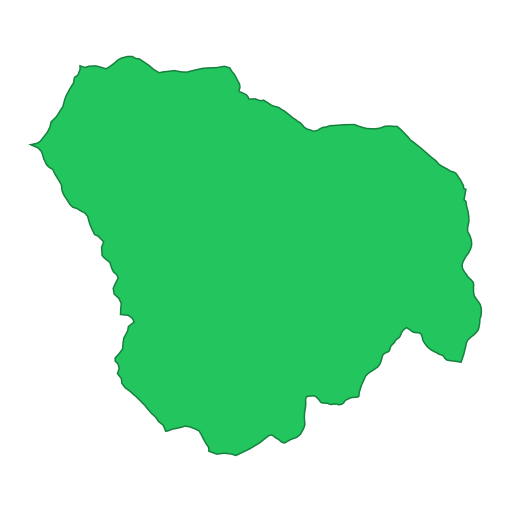 Lajab, Daga, Bhutan
{"feature_id": "84629894B88322725559269", "entity_name": "Lajab", "entity_type": "district", "adm_level": 2, "iso_a3": "BTN", "parent_name": "Bhutan", "parent_adm1": "Daga", "projection": "mercator", "projection_center": [90.018, 27.095], "detail": "fine", "context": "isolated", "style": "filled", "palette": "green", "viewbox_px": 512, "rotation_deg": 0, "n_neighbors": 0, "source": "geoboundaries", "source_scale": "gbopen_adm2", "svg_char_len": 5286}
<svg xmlns="http://www.w3.org/2000/svg" viewBox="0 0 512 512"><path d="M80.0,65.8L80.1,69.3L77.9,75.1L74.5,77.4L73.4,83.2L71.1,86.7L68.7,90.9L66.1,95.9L64.7,99.6L62.9,106.6L60.6,110.0L56.5,116.6L51.0,122.0L50.1,126.7L47.4,132.2L44.1,136.4L40.4,141.2L37.1,143.3L30.7,144.7L38.0,147.9L41.2,151.2L42.6,154.5L43.6,158.5L46.7,164.9L49.4,167.5L52.7,169.4L54.9,174.0L59.2,181.0L61.4,184.9L62.1,190.7L63.6,194.6L70.0,204.5L72.9,207.3L77.0,208.5L80.4,210.7L84.8,213.0L87.6,216.3L89.6,223.5L91.9,229.1L94.6,234.5L97.9,236.0L101.3,239.4L103.7,241.9L101.6,247.2L102.1,255.4L104.0,257.7L109.8,262.4L111.9,268.7L113.5,271.9L116.6,274.6L118.2,277.9L114.8,284.7L113.2,288.5L114.2,294.1L118.9,298.4L121.3,303.5L120.8,307.7L120.5,314.5L128.2,315.3L132.4,318.3L134.1,322.0L128.4,326.6L127.7,330.8L123.8,338.1L123.1,342.4L122.6,348.9L119.3,353.4L115.1,358.1L115.2,361.1L118.0,363.9L119.2,368.4L117.5,373.6L121.3,378.5L121.9,383.4L125.0,387.6L130.0,391.3L133.4,394.4L136.2,396.6L138.4,398.9L139.4,399.9L141.3,401.7L142.7,403.3L145.1,405.6L147.6,408.9L151.7,413.6L155.7,417.2L158.7,421.6L163.2,425.2L165.7,431.2L167.5,431.0L172.3,429.2L176.6,428.3L181.3,427.3L184.7,426.1L186.7,426.4L189.6,426.8L194.8,428.8L199.0,430.8L201.5,435.0L203.3,438.8L206.0,443.5L208.7,447.5L208.9,451.3L216.8,454.1L224.4,453.2L231.7,454.1L235.9,455.5L249.8,448.8L259.7,442.8L268.0,436.2L269.2,435.5L271.2,434.9L272.7,435.5L274.3,436.6L275.4,437.7L277.8,439.0L279.6,440.3L281.8,442.3L284.8,443.0L286.4,441.9L288.4,440.8L290.8,439.5L293.7,438.4L296.7,437.4L298.5,435.9L299.8,434.8L300.7,433.9L301.8,431.6L302.5,430.7L304.0,427.5L304.6,425.6L304.9,424.1L304.4,419.1L304.4,416.9L304.5,413.1L304.9,410.8L305.6,406.4L305.7,404.0L305.7,402.1L305.6,400.0L305.7,398.7L306.6,396.8L307.7,396.4L309.1,396.1L310.9,396.0L312.5,395.9L314.2,395.9L316.0,396.7L316.8,397.6L317.9,398.6L319.0,399.8L319.6,400.8L320.4,401.7L321.3,402.7L323.3,403.0L324.8,403.1L326.0,403.2L327.9,403.3L329.5,404.2L331.4,404.5L333.0,404.1L334.9,404.1L336.5,404.0L338.8,404.8L341.3,404.4L342.9,403.5L343.8,402.7L344.8,400.9L346.2,399.9L347.9,399.2L349.5,398.3L351.5,397.6L353.1,397.4L356.3,397.2L357.6,397.1L358.9,396.2L359.1,393.7L359.5,391.6L360.4,388.6L361.7,384.7L364.7,378.2L365.1,376.9L366.1,375.5L367.9,373.7L370.6,371.7L372.8,370.4L376.0,368.2L377.6,367.1L379.4,364.9L380.2,363.2L381.1,361.1L382.4,356.1L383.0,354.9L384.3,353.6L385.3,353.0L388.7,351.5L389.4,350.5L389.9,349.2L390.5,346.9L391.4,345.5L392.7,344.2L394.3,342.6L395.5,340.4L396.5,339.4L398.1,338.4L399.5,337.1L400.4,335.7L401.4,333.0L402.6,330.9L404.4,329.1L406.5,327.6L407.5,328.3L409.4,329.4L411.4,331.0L413.0,332.0L414.7,332.5L416.3,332.6L418.5,332.8L419.6,333.1L420.6,333.8L421.4,334.8L422.4,337.8L422.7,339.6L423.5,341.5L425.8,344.8L427.5,346.9L428.3,347.6L430.0,349.1L430.8,349.7L432.8,350.9L435.0,352.0L436.7,352.8L437.7,353.5L439.3,354.3L441.7,355.0L442.8,355.5L443.5,356.3L444.6,358.0L446.2,359.6L447.5,360.2L449.9,360.6L452.5,360.9L454.6,361.1L461.1,362.2L461.4,361.2L461.8,360.0L462.3,358.8L462.7,357.4L463.4,355.5L464.0,353.5L464.3,351.9L465.2,348.7L465.9,345.3L466.5,342.6L467.5,340.5L468.6,339.3L470.3,337.6L472.2,336.1L474.2,334.6L475.7,333.0L477.3,331.2L478.4,329.4L478.9,327.6L479.3,325.5L479.7,323.2L479.8,320.9L479.8,319.1L480.4,317.8L481.0,315.6L481.3,312.8L481.3,310.8L481.3,309.1L481.1,307.5L480.1,304.3L479.4,303.2L478.6,302.0L477.7,301.0L476.5,299.1L475.7,298.1L474.2,295.5L473.9,294.3L473.5,291.2L473.5,287.6L473.6,285.5L473.6,284.3L473.4,282.6L471.3,280.0L469.6,278.5L467.4,276.3L466.7,274.7L465.4,273.3L463.9,271.0L462.6,268.5L462.2,266.6L462.2,264.5L463.1,261.6L464.2,259.6L466.1,256.2L467.3,254.7L468.6,252.9L469.7,250.5L470.4,249.4L471.6,245.5L471.6,243.4L471.5,241.3L471.1,239.4L470.5,237.4L469.6,235.0L468.8,233.6L467.7,231.6L467.6,229.5L467.6,228.0L467.9,226.4L468.5,223.3L468.9,221.5L468.9,219.6L468.8,217.2L468.6,215.5L468.1,211.7L467.5,209.7L466.7,206.6L466.5,205.4L466.3,203.8L465.9,201.3L464.0,199.9L465.9,189.3L463.7,188.6L463.4,185.4L462.2,183.3L460.4,179.8L458.6,177.4L457.3,175.2L455.8,173.3L453.9,172.1L450.4,171.1L447.0,168.9L442.4,166.5L439.2,164.5L437.5,162.8L436.4,161.2L431.2,157.1L425.4,152.0L419.6,147.1L413.8,142.4L410.3,139.9L408.5,137.5L404.3,133.1L400.8,129.5L397.1,126.4L393.9,126.4L389.5,126.0L384.8,126.3L380.0,128.1L375.3,128.8L371.4,128.8L369.0,128.6L366.7,128.5L362.9,127.5L359.2,126.4L356.9,125.5L354.7,124.6L349.7,124.6L344.4,124.7L337.9,125.2L333.8,125.5L329.9,125.7L325.6,127.2L323.5,127.2L320.2,128.6L317.9,130.2L314.8,131.1L312.7,131.0L309.4,129.6L307.2,129.2L304.2,127.2L302.4,125.0L300.3,122.8L296.9,120.8L295.7,119.6L293.4,118.3L284.5,111.1L281.8,109.6L279.4,107.9L278.2,107.3L273.0,105.9L270.7,104.8L268.3,103.1L263.5,100.1L262.2,100.6L259.5,100.5L257.5,99.8L255.5,98.9L251.7,99.0L248.9,99.0L247.8,96.5L246.4,94.9L244.4,93.8L241.9,92.6L240.0,92.0L238.8,90.5L239.9,87.9L239.9,86.3L239.4,83.7L238.1,81.5L236.9,79.1L234.3,74.2L232.1,71.8L229.8,67.9L224.4,66.3L217.1,67.6L212.9,67.8L206.9,68.0L201.8,68.5L192.3,70.7L187.0,72.1L182.6,72.0L179.0,71.5L174.6,70.6L168.5,71.3L163.2,71.9L159.2,72.7L154.0,69.7L148.7,65.2L143.2,61.5L139.4,58.9L135.7,58.5L132.3,56.5L127.5,56.5L121.2,58.1L117.4,60.3L114.7,62.9L110.2,66.3L106.2,68.8L100.0,67.0L95.8,65.9L89.1,66.2L84.8,67.5L80.0,65.8Z" fill="#22c55e" stroke="#15803d" stroke-width="1.5"/></svg>